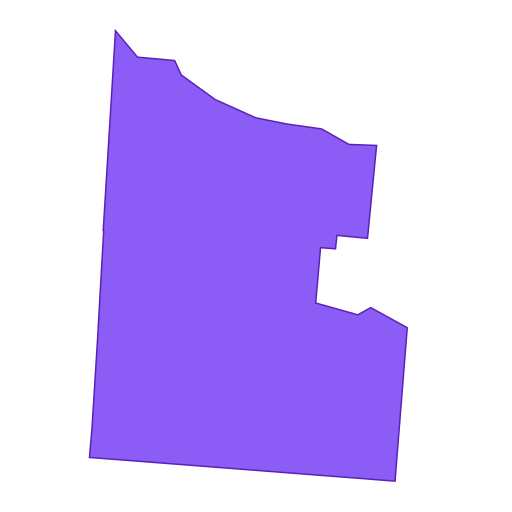 Holmes, Florida, United States of America (Equal Earth projection), rotated 274°
{"feature_id": "52423323B82780636991471", "entity_name": "Holmes", "entity_type": "district", "adm_level": 2, "iso_a3": "USA", "parent_name": "United States of America", "parent_adm1": "Florida", "projection": "equal_earth", "projection_center": [-85.728, 30.85], "detail": "fine", "context": "isolated", "style": "filled", "palette": "violet", "viewbox_px": 512, "rotation_deg": 274, "n_neighbors": 0, "source": "geoboundaries", "source_scale": "gbopen_adm2", "svg_char_len": 503}
<svg xmlns="http://www.w3.org/2000/svg" viewBox="0 0 512 512"><g transform="rotate(274 256 256)"><path d="M43.4,103.9L41.1,410.4L195.0,411.9L212.5,374.0L204.4,361.6L213.3,318.8L238.3,319.3L268.8,319.8L268.7,334.8L282.2,335.3L281.4,366.0L374.7,368.6L373.8,340.9L387.3,312.7L389.9,276.6L393.9,245.9L409.2,204.4L431.4,168.8L445.3,161.2L446.1,123.9L470.9,100.1L470.6,100.1L406.1,100.7L270.6,101.8L270.3,102.3L156.0,103.8L72.3,104.4L43.4,103.9Z" fill="#8b5cf6" stroke="#5b21b6" stroke-width="1.5"/></g></svg>